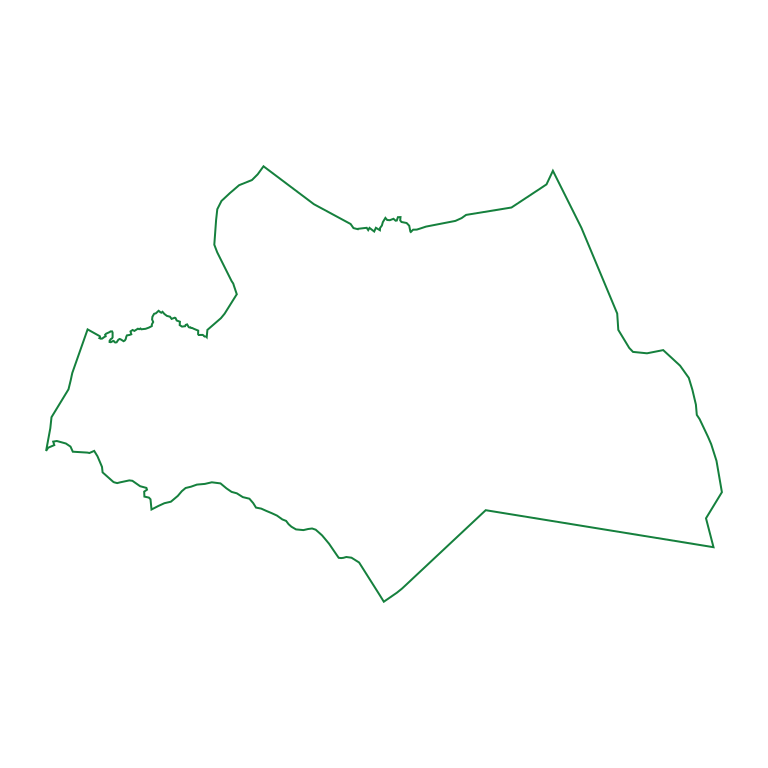 Santos Reyes Yucuná, Oaxaca, Mexico (Natural Earth projection)
{"feature_id": "50627088B24821438412486", "entity_name": "Santos Reyes Yucuná", "entity_type": "district", "adm_level": 2, "iso_a3": "MEX", "parent_name": "Mexico", "parent_adm1": "Oaxaca", "projection": "natural_earth1", "projection_center": [-98.034, 17.773], "detail": "fine", "context": "isolated", "style": "outline", "palette": "green", "viewbox_px": 768, "rotation_deg": 0, "n_neighbors": 0, "source": "geoboundaries", "source_scale": "gbopen_adm2", "svg_char_len": 3057}
<svg xmlns="http://www.w3.org/2000/svg" viewBox="0 0 768 768"><path d="M263.5,166.3L257.7,174.3L252.0,180.0L239.1,185.2L230.0,193.0L221.5,200.9L217.3,209.2L216.1,220.0L214.3,244.7L217.2,252.3L231.4,280.7L231.6,281.1L233.2,283.5L233.6,284.6L233.7,285.1L236.8,294.3L236.6,294.6L236.3,295.0L224.6,313.7L220.9,318.2L207.4,329.9L206.7,337.1L206.1,336.4L204.9,336.6L204.1,336.2L203.5,335.4L202.6,334.9L198.7,335.0L198.1,334.2L198.2,330.6L193.8,328.8L192.2,328.0L191.1,328.0L190.5,327.3L189.5,327.5L188.8,327.2L187.1,324.4L185.7,324.9L185.1,326.2L182.0,326.6L179.7,325.1L179.9,321.7L176.7,320.5L175.5,318.0L174.8,317.7L171.6,318.9L170.0,316.7L166.9,315.9L164.4,314.0L162.5,311.8L161.4,312.7L160.6,312.4L158.6,310.8L155.9,313.3L154.1,313.8L152.4,316.8L152.1,319.5L153.2,322.0L151.9,324.3L151.8,326.1L148.9,327.6L145.6,328.8L141.3,329.3L140.5,328.5L139.1,329.2L137.9,328.7L137.1,329.2L134.4,330.9L132.6,330.0L130.5,331.4L131.3,334.3L129.3,335.0L126.9,335.4L126.3,336.7L125.7,339.1L124.9,340.4L123.6,341.2L120.6,339.3L119.6,339.0L118.4,339.7L116.6,342.3L115.4,342.5L114.6,342.2L114.0,341.2L113.3,340.9L110.8,342.2L109.6,342.0L109.6,340.8L110.7,339.2L112.1,338.3L112.6,337.3L112.6,332.6L112.1,331.4L110.5,331.4L109.8,332.0L106.1,333.7L105.1,334.8L105.6,335.8L105.7,336.3L104.6,336.8L102.1,338.6L100.6,338.7L99.4,338.1L100.1,337.3L99.8,336.2L87.6,329.4L72.3,372.9L71.7,375.6L71.2,378.0L70.6,380.7L68.5,389.3L51.5,417.2L50.3,428.3L46.1,450.9L48.2,447.7L54.3,445.1L53.2,441.6L56.8,441.0L65.9,443.5L70.5,446.6L72.8,451.7L87.5,452.6L89.4,453.0L94.2,450.9L97.5,456.3L102.0,466.9L102.6,472.4L113.2,481.8L114.1,482.3L117.2,483.1L119.9,482.4L129.3,480.4L132.4,480.8L140.1,486.2L146.4,487.9L147.0,489.7L144.2,491.6L144.4,496.6L148.9,497.6L150.5,499.3L151.5,509.5L158.3,506.0L164.4,503.2L170.9,501.7L177.8,495.9L181.8,491.2L185.6,488.0L191.0,486.7L196.9,484.6L204.9,483.9L211.8,482.3L220.5,483.4L226.5,488.4L231.6,491.9L236.8,493.3L242.8,497.1L249.4,498.7L253.2,503.1L256.0,507.6L261.2,508.6L266.3,510.9L271.8,513.2L277.0,515.6L282.3,519.4L286.1,520.9L288.6,524.2L291.4,526.7L296.0,529.4L303.4,530.1L308.2,529.0L312.1,528.5L315.7,529.7L322.1,535.4L329.1,543.8L333.8,550.7L336.6,554.8L338.7,557.8L341.1,558.1L343.5,557.8L346.3,557.0L351.5,557.7L359.1,562.5L379.6,594.9L383.8,601.7L396.9,592.7L402.1,588.5L485.7,510.2L713.5,547.2L706.0,518.3L721.9,492.2L717.4,466.1L716.5,460.9L711.2,444.2L708.0,436.8L699.6,419.1L696.8,414.9L695.9,404.6L692.4,389.8L688.8,377.9L680.1,365.7L663.2,350.1L647.0,353.3L633.0,351.9L629.2,347.9L618.3,329.9L617.2,313.5L581.4,227.8L552.9,170.8L546.5,184.4L511.5,207.5L466.1,214.9L461.6,218.1L455.4,220.9L426.0,226.6L420.9,228.3L416.8,229.6L413.1,229.7L410.8,232.0L410.4,231.6L409.2,225.7L406.6,223.0L401.5,222.0L400.2,220.4L400.5,217.1L397.9,217.2L396.8,220.5L395.6,220.7L393.5,218.8L389.8,220.2L387.2,220.0L385.4,217.9L382.8,222.2L381.9,225.5L380.1,227.9L379.9,230.2L375.9,227.8L374.2,231.5L369.5,227.9L368.2,230.1L366.7,227.8L358.1,228.8L357.9,229.2L353.5,228.1L350.6,224.0L313.9,204.2L263.5,166.3Z" fill="none" stroke="#15803d" stroke-width="2"/></svg>